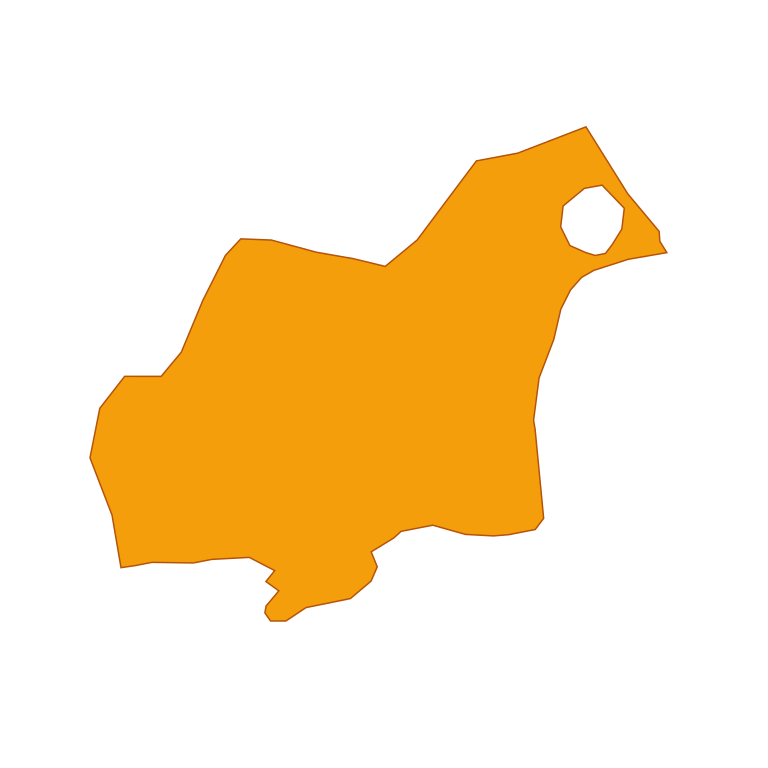 Sinpho City, Hamgyŏng-namdo, North Korea, rotated 349°
{"feature_id": "82179303B3587564724867", "entity_name": "Sinpho City", "entity_type": "district", "adm_level": 2, "iso_a3": "PRK", "parent_name": "North Korea", "parent_adm1": "Hamgyŏng-namdo", "projection": "equal_earth", "projection_center": [128.266, 40.067], "detail": "fine", "context": "isolated", "style": "filled", "palette": "amber", "viewbox_px": 768, "rotation_deg": 349, "n_neighbors": 0, "source": "geoboundaries", "source_scale": "gbopen_adm2", "svg_char_len": 1020}
<svg xmlns="http://www.w3.org/2000/svg" viewBox="0 0 768 768"><g transform="rotate(349 384 384)"><path d="M90.8,514.1L105.3,514.8L122.2,514.8L162.8,523.3L181.5,523.3L218.7,528.5L241.1,546.3L230.4,555.4L241.3,567.0L225.9,579.4L223.4,585.9L227.4,595.0L242.5,597.9L264.8,588.6L310.1,588.2L333.7,575.0L342.5,562.2L339.4,546.3L364.2,537.0L372.7,531.9L404.9,531.9L435.3,547.2L462.4,554.0L477.6,555.7L504.7,555.7L515.1,546.3L523.7,457.2L523.9,448.2L537.4,407.6L559.2,372.6L571.9,344.2L585.0,327.3L598.2,317.1L611.6,312.5L647.4,308.2L686.7,309.0L682.0,296.6L683.2,286.7L659.6,243.9L631.3,170.1L595.2,176.5L559.2,182.9L517.3,182.6L480.6,215.8L444.0,249.0L407.6,268.8L378.0,255.2L342.4,241.6L300.9,221.2L271.1,214.2L252.9,227.5L222.1,267.4L191.1,314.1L166.7,334.0L130.9,327.0L100.4,353.6L81.3,400.4L92.0,460.8L90.8,514.1ZM626.3,298.1L615.8,298.1L606.8,293.3L592.9,283.6L587.4,263.5L593.8,243.4L618.0,230.2L636.0,230.4L653.4,257.3L647.0,277.3L634.7,290.6L626.3,298.1Z" fill="#f59e0b" stroke="#b45309" stroke-width="1.5"/></g></svg>